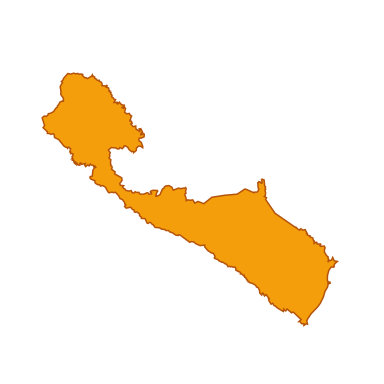 outline of Pran Buri, Prachuap Khiri Khan, Thailand, rotated 35°
{"feature_id": "78962969B16792077167163", "entity_name": "Pran Buri", "entity_type": "district", "adm_level": 2, "iso_a3": "THA", "parent_name": "Thailand", "parent_adm1": "Prachuap Khiri Khan", "projection": "orthographic", "projection_center": [99.688, 12.406], "detail": "fine", "context": "isolated", "style": "filled", "palette": "amber", "viewbox_px": 384, "rotation_deg": 35, "n_neighbors": 0, "source": "geoboundaries", "source_scale": "gbopen_adm2", "svg_char_len": 6025}
<svg xmlns="http://www.w3.org/2000/svg" viewBox="0 0 384 384"><g transform="rotate(35 192 192)"><path d="M22.3,166.2L21.6,172.6L22.1,173.8L21.7,176.5L23.1,176.6L23.5,181.2L26.8,184.6L28.6,187.4L32.7,188.9L34.6,191.2L34.3,191.8L33.6,191.8L32.2,194.2L32.7,197.2L32.3,198.4L33.0,199.8L32.4,201.7L32.5,205.5L30.8,208.9L29.4,210.2L29.8,211.3L29.3,213.7L27.4,214.5L26.7,217.2L33.2,222.2L33.1,224.7L39.0,225.6L39.9,227.0L41.9,225.8L43.3,225.8L45.0,223.8L46.4,224.2L48.1,226.2L52.8,225.5L60.6,227.8L62.6,227.8L64.3,227.0L65.0,227.6L65.3,226.0L67.8,226.2L68.9,229.3L69.9,228.9L70.6,230.2L72.3,229.0L73.7,230.5L73.4,231.8L74.8,232.9L74.6,233.7L75.4,233.2L75.8,234.6L77.2,233.9L77.7,234.8L79.6,234.3L78.9,235.7L80.6,235.9L80.6,234.7L81.4,234.7L82.1,235.6L82.3,234.8L83.3,235.1L84.3,234.7L84.8,234.0L83.7,232.8L83.9,232.2L84.7,232.0L85.8,232.6L88.3,229.8L88.8,231.6L90.3,232.2L91.0,229.6L92.7,229.6L92.6,227.4L93.9,227.8L96.0,226.7L96.9,227.6L97.7,226.4L99.0,226.9L98.2,228.4L98.3,230.8L101.2,236.3L99.7,237.8L100.3,239.0L102.0,239.4L105.9,238.5L107.4,240.1L109.0,240.2L110.9,240.0L112.2,239.0L113.8,239.6L115.0,238.0L118.1,237.7L123.2,240.1L124.4,240.3L126.5,238.0L128.1,237.6L129.4,236.1L134.2,237.2L136.9,238.7L139.2,238.1L142.3,239.0L144.2,240.6L145.2,240.6L145.0,242.5L147.3,243.0L150.6,239.6L153.1,240.5L154.8,239.9L156.1,241.4L157.3,241.1L158.0,240.1L160.7,240.0L162.0,240.4L162.6,241.5L164.9,241.7L165.7,242.7L168.8,240.7L173.0,243.2L174.0,242.9L174.7,241.2L175.8,240.8L178.2,241.4L178.8,241.0L182.1,242.2L185.8,240.0L188.7,239.8L191.2,238.3L192.8,238.5L194.9,237.0L196.6,237.5L199.4,236.6L203.6,236.6L205.7,235.5L205.8,234.4L207.2,234.1L219.0,234.5L219.7,233.2L222.1,231.9L224.5,232.2L229.4,231.3L232.8,228.2L234.0,229.7L238.6,230.9L242.8,230.8L244.7,230.0L247.9,231.5L248.0,233.2L248.9,233.4L251.7,232.6L253.7,232.9L256.8,232.4L257.5,231.8L260.6,231.8L261.6,231.3L264.4,232.5L265.6,231.2L266.6,231.2L267.1,230.4L269.3,229.8L270.0,228.9L271.3,229.2L272.8,230.9L274.4,230.7L274.5,230.3L276.0,230.6L276.3,230.2L277.9,230.1L278.6,231.4L279.8,230.6L282.4,231.0L282.5,230.4L284.1,231.6L285.0,231.3L286.0,232.0L287.4,232.1L287.9,232.8L288.5,232.6L289.6,233.4L290.6,232.9L291.5,233.2L293.3,232.3L297.7,231.9L299.3,232.8L301.0,232.4L303.5,233.7L305.5,235.9L308.2,236.4L307.7,234.5L308.3,234.1L311.0,235.6L311.5,233.6L316.4,235.1L315.9,235.6L317.7,237.1L321.1,238.5L321.9,236.9L324.5,238.0L325.2,237.6L328.2,238.0L335.3,237.5L334.5,235.3L335.7,236.0L337.0,235.6L337.0,233.3L342.9,233.9L343.3,232.7L344.2,232.3L354.6,233.9L353.9,236.9L354.9,236.3L357.4,237.0L359.3,235.7L360.2,237.1L361.3,234.3L362.4,234.0L360.0,231.8L359.5,229.4L359.4,223.4L360.9,213.5L360.9,209.5L359.9,203.0L358.0,197.2L357.5,192.0L356.3,189.2L357.9,186.8L356.2,189.1L355.4,188.4L356.0,187.8L357.1,186.2L355.6,187.6L353.6,186.8L350.9,182.8L349.0,177.6L349.1,173.5L351.2,172.3L351.3,171.6L350.4,170.6L350.1,169.0L350.9,165.5L347.9,166.8L344.8,164.9L345.3,167.8L343.7,169.7L343.5,171.6L342.6,168.7L341.5,168.4L340.9,167.2L338.3,166.8L334.8,165.1L333.6,163.3L333.1,161.4L331.4,160.4L328.6,162.7L327.5,162.5L327.7,161.3L327.1,160.9L324.3,162.8L323.2,161.7L322.4,161.9L321.5,164.1L320.2,162.0L319.5,162.2L317.2,160.4L314.4,161.1L314.0,160.2L311.3,161.1L310.5,160.1L309.7,160.4L309.7,159.7L306.3,157.9L304.7,159.7L302.3,159.6L301.9,160.5L302.2,161.2L300.6,161.8L297.2,161.2L297.0,161.7L272.2,161.8L256.6,155.9L256.3,153.9L253.8,154.2L254.1,153.0L252.6,150.2L250.9,148.9L250.7,147.4L250.0,147.2L249.4,145.7L248.2,145.5L244.2,140.8L242.3,141.2L241.7,141.8L243.9,143.9L244.2,144.8L243.5,145.1L241.8,144.7L240.8,145.2L241.1,146.0L240.6,146.7L243.8,150.7L245.0,151.2L245.6,153.4L245.3,154.8L243.0,156.5L243.2,157.1L234.5,158.8L233.5,159.5L230.3,167.8L220.6,176.0L211.3,184.9L208.4,194.8L202.3,196.3L200.7,199.5L197.4,198.1L196.6,198.3L195.7,199.6L193.1,200.8L192.3,202.4L190.2,200.0L188.1,198.8L187.3,197.5L187.8,196.5L186.3,195.2L185.5,192.8L184.2,192.0L183.5,193.5L182.6,193.8L181.0,195.7L178.9,196.4L175.6,201.2L172.7,199.6L169.4,200.0L167.2,201.9L166.5,203.6L166.8,205.2L166.1,206.4L167.3,212.8L165.3,216.1L164.6,216.0L163.4,212.6L163.5,211.2L162.8,210.6L159.3,212.8L157.9,214.5L157.8,215.9L159.3,216.0L159.8,216.6L158.3,218.5L156.6,218.0L155.6,218.4L153.7,221.5L150.8,223.4L149.8,223.4L148.8,222.7L146.7,224.2L145.2,224.4L145.2,225.8L144.4,226.5L143.3,226.8L141.3,225.7L140.1,227.3L136.6,228.7L135.1,227.9L133.8,228.3L132.4,227.9L132.4,226.0L129.5,227.6L128.0,226.7L128.0,222.5L126.3,220.7L118.1,221.5L117.5,219.6L113.0,219.5L112.6,217.9L111.6,216.9L109.9,216.8L109.7,215.9L108.3,214.7L107.0,212.1L104.5,211.8L104.3,210.1L102.9,208.5L102.6,206.8L99.4,205.6L100.4,201.9L104.4,199.6L106.2,199.5L107.5,198.6L107.4,197.1L110.0,196.5L110.4,194.3L109.9,193.6L110.6,192.5L113.6,192.2L116.3,193.4L119.6,193.6L120.1,192.6L120.8,192.5L121.4,193.0L121.3,192.5L122.1,192.0L122.5,189.8L121.3,188.1L121.9,185.0L123.2,184.1L126.2,184.0L125.3,182.7L122.1,180.6L121.0,180.3L119.3,180.5L118.2,179.3L118.0,178.0L119.9,176.7L119.6,176.8L121.1,174.3L119.7,172.0L118.8,172.1L117.5,174.5L116.4,173.4L117.3,171.4L114.0,169.6L113.9,170.2L113.3,170.0L112.6,170.5L113.7,171.1L114.4,172.2L114.1,172.6L112.7,172.2L110.5,172.7L108.9,171.5L108.1,170.2L106.3,172.2L103.1,171.4L102.7,171.0L103.5,170.1L102.9,169.4L101.4,168.8L100.4,169.5L99.9,168.8L99.9,167.4L99.2,166.2L99.0,164.4L96.7,164.3L95.6,163.6L93.6,165.4L91.0,165.3L89.6,161.6L88.0,161.4L87.7,162.9L86.3,162.9L87.4,160.5L86.8,159.7L84.3,160.9L80.9,160.1L80.6,162.6L79.9,162.5L80.3,161.6L79.2,161.4L76.7,163.5L76.3,160.2L75.4,160.7L73.3,160.0L71.7,160.1L71.0,158.6L69.1,158.2L68.5,156.8L66.6,157.2L66.7,156.3L65.8,156.4L64.0,154.6L62.0,155.2L61.4,153.5L60.9,153.7L61.2,155.3L60.0,154.9L57.3,156.5L56.6,155.3L55.0,154.1L52.9,154.4L51.8,153.7L51.3,154.5L50.0,154.8L48.6,154.4L47.1,154.7L46.3,153.6L44.4,154.3L44.4,153.7L43.8,153.8L43.2,153.2L43.2,154.9L41.3,159.1L39.5,159.1L38.5,160.0L35.1,159.2L35.1,158.5L34.0,158.6L31.5,160.5L30.5,160.3L29.0,161.9L26.9,162.5L25.2,164.9L22.3,166.2Z" fill="#f59e0b" stroke="#b45309" stroke-width="1.5"/></g></svg>